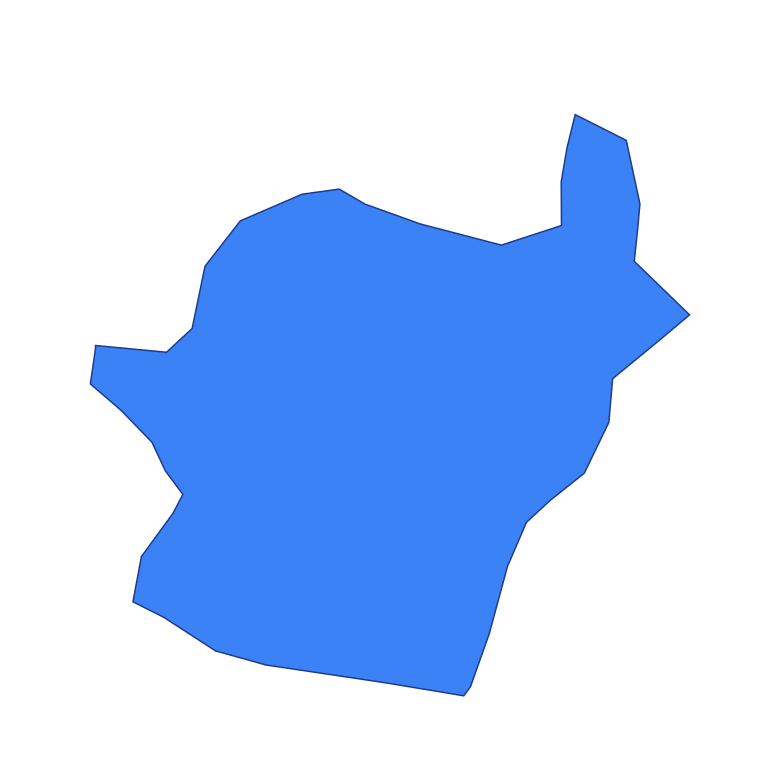 map outline of Danilovgrad (Mercator projection), rotated 9°
{"feature_id": "MNE-1511", "entity_name": "Danilovgrad", "entity_type": "Municipality", "adm_level": 1, "iso_a3": "MNE", "parent_name": "Montenegro", "parent_adm1": "", "projection": "mercator", "projection_center": [19.12, 42.623], "detail": "fine", "context": "isolated", "style": "filled", "palette": "blue", "viewbox_px": 768, "rotation_deg": 9, "n_neighbors": 0, "source": "natural_earth", "source_scale": "10m", "svg_char_len": 681}
<svg xmlns="http://www.w3.org/2000/svg" viewBox="0 0 768 768"><g transform="rotate(9 384 384)"><path d="M478.1,228.5L534.5,199.7L527.4,156.5L527.8,122.2L530.7,88.0L585.2,105.5L608.6,166.1L610.3,191.3L612.0,223.7L675.0,267.9L650.9,295.7L609.0,343.0L612.1,386.7L595.8,440.7L566.3,473.0L546.4,498.2L534.5,544.8L527.0,614.3L516.8,669.3L511.6,679.5L432.2,678.9L311.4,680.0L259.4,674.0L203.0,648.9L170.1,638.4L171.4,592.4L195.8,544.8L202.6,524.5L181.7,504.1L163.9,477.8L128.8,451.4L94.0,429.9L93.5,393.9L93.0,391.1L164.2,386.7L185.8,359.2L188.8,295.7L216.6,245.3L273.5,209.3L309.2,198.5L337.0,209.3L394.3,220.2L478.1,228.5Z" fill="#3b82f6" stroke="#1e3a8a" stroke-width="1.5"/></g></svg>